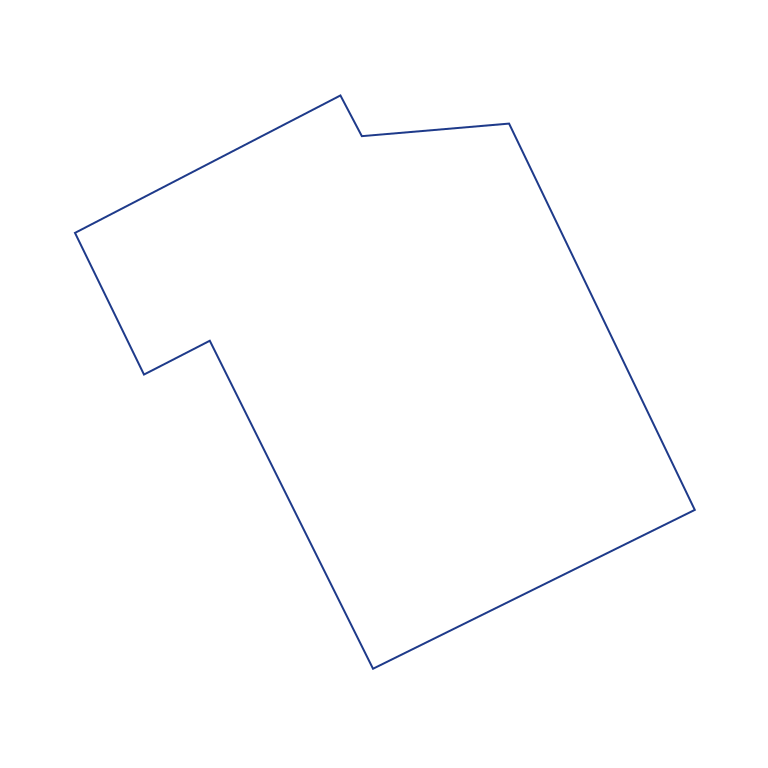 outline of Comanche, Texas, United States of America, rotated 184°
{"feature_id": "52423323B96574112762437", "entity_name": "Comanche", "entity_type": "district", "adm_level": 2, "iso_a3": "USA", "parent_name": "United States of America", "parent_adm1": "Texas", "projection": "robinson", "projection_center": [-98.411, 31.973], "detail": "fine", "context": "isolated", "style": "outline", "palette": "blue", "viewbox_px": 768, "rotation_deg": 184, "n_neighbors": 0, "source": "geoboundaries", "source_scale": "gbopen_adm2", "svg_char_len": 296}
<svg xmlns="http://www.w3.org/2000/svg" viewBox="0 0 768 768"><g transform="rotate(184 384 384)"><path d="M659.7,438.5L624.1,376.7L607.5,386.7L560.8,415.0L375.1,99.2L65.2,280.1L277.4,652.5L423.4,629.7L447.6,668.8L702.8,513.2L659.7,438.5Z" fill="none" stroke="#1e3a8a" stroke-width="2"/></g></svg>